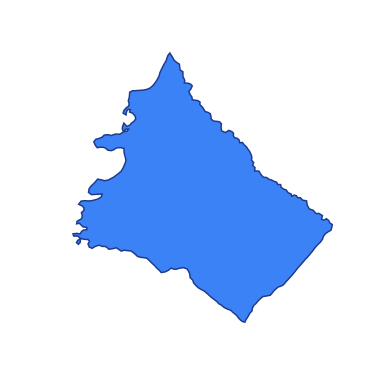 Lagoa dos Patos, Minas Gerais, Brazil (orthographic projection), rotated 74°
{"feature_id": "56859067B26771280465753", "entity_name": "Lagoa dos Patos", "entity_type": "district", "adm_level": 2, "iso_a3": "BRA", "parent_name": "Brazil", "parent_adm1": "Minas Gerais", "projection": "orthographic", "projection_center": [-44.664, -17.012], "detail": "fine", "context": "isolated", "style": "filled", "palette": "blue", "viewbox_px": 384, "rotation_deg": 74, "n_neighbors": 0, "source": "geoboundaries", "source_scale": "gbopen_adm2", "svg_char_len": 4080}
<svg xmlns="http://www.w3.org/2000/svg" viewBox="0 0 384 384"><g transform="rotate(74 192 192)"><path d="M78.9,224.4L81.7,225.4L83.9,226.3L86.8,228.1L90.1,228.1L92.1,229.5L92.9,232.0L94.8,234.9L97.2,236.5L99.7,234.2L96.6,232.7L95.0,230.9L95.8,228.5L97.9,230.0L100.0,227.2L103.3,225.8L106.2,225.9L108.0,228.2L109.1,231.2L110.6,233.4L111.0,236.5L107.0,238.5L109.9,240.7L112.1,241.6L115.3,241.3L116.6,245.4L115.2,249.7L115.5,253.9L113.7,257.0L113.1,260.7L114.6,263.5L114.9,266.8L114.8,269.9L116.7,272.6L120.5,272.0L123.3,270.9L123.7,267.5L124.5,265.2L125.8,263.2L128.7,261.3L130.0,258.1L129.8,255.6L128.8,252.4L129.6,248.5L131.4,245.4L133.6,246.0L136.3,246.5L139.6,246.5L143.5,246.8L145.8,248.3L147.9,250.0L150.1,251.8L152.5,254.4L154.2,258.1L155.3,261.1L156.4,264.1L156.8,266.6L157.4,269.1L157.0,273.0L155.1,276.2L153.6,279.1L155.3,281.7L157.1,284.7L158.5,287.4L160.5,290.0L163.8,291.6L166.8,289.4L167.5,286.4L168.2,282.9L169.2,278.9L171.8,280.7L172.8,284.4L172.8,288.8L172.6,291.7L171.9,294.5L170.7,297.7L170.2,301.2L172.6,304.4L175.2,301.3L177.4,300.3L179.9,300.9L181.3,304.0L184.7,304.0L187.2,305.5L187.9,308.3L188.5,310.6L190.8,311.7L191.0,308.9L193.2,307.7L195.6,306.3L196.9,303.0L199.2,303.5L198.7,306.7L199.4,308.9L201.4,311.1L200.0,314.2L199.4,317.9L201.7,317.9L202.9,314.0L206.1,312.0L207.9,308.2L209.1,304.9L211.2,304.1L213.3,306.3L216.7,305.9L218.6,303.5L217.8,300.8L217.5,298.3L217.6,295.7L219.6,293.4L220.1,291.1L221.6,289.2L224.1,287.7L224.7,283.6L224.7,280.2L227.0,278.2L229.3,276.3L229.3,273.0L230.8,269.7L231.9,266.8L235.4,264.2L238.9,262.1L240.7,259.3L242.0,256.0L243.4,253.5L246.9,251.5L250.4,249.5L252.6,248.1L255.1,247.0L258.8,244.7L260.9,243.8L261.4,239.8L260.7,236.0L259.3,233.1L260.9,231.2L261.9,228.8L261.8,225.0L262.4,220.9L264.6,218.0L267.4,217.1L270.2,216.8L273.9,217.4L276.8,215.6L279.9,215.5L282.5,214.2L285.7,212.4L288.1,210.2L289.8,208.2L292.2,206.4L294.6,204.9L297.9,202.9L300.4,201.1L302.4,199.6L304.6,198.0L306.8,197.1L308.3,195.4L311.9,192.9L314.2,190.4L316.4,187.3L318.6,186.1L320.7,184.6L322.9,183.1L326.0,182.0L328.6,180.6L330.4,179.2L331.7,177.0L329.9,175.6L328.4,173.9L326.5,171.8L324.2,169.5L323.0,167.2L320.1,165.8L317.9,163.7L316.9,161.4L315.2,158.9L313.4,155.7L312.0,152.5L312.5,149.2L312.8,145.2L311.2,142.7L309.4,140.3L308.2,137.8L307.1,135.4L307.0,132.9L306.7,130.5L305.5,128.2L304.0,126.1L302.7,123.9L300.8,120.8L299.1,118.1L297.5,115.8L295.4,112.9L293.5,110.2L291.7,107.2L289.4,103.7L287.9,101.7L286.6,99.1L284.4,95.9L282.4,92.9L280.3,90.2L278.8,88.1L277.3,85.7L275.5,82.3L273.4,79.6L271.1,78.1L269.0,75.5L267.8,72.2L267.0,68.9L264.5,67.4L261.9,66.1L259.8,68.0L257.0,68.5L254.7,70.2L255.5,72.8L253.9,75.0L250.6,73.1L247.6,75.9L246.8,78.8L243.0,80.5L240.6,83.9L238.1,84.6L235.3,84.8L232.1,84.3L230.4,87.8L227.3,89.5L226.6,92.1L224.4,92.6L223.1,94.6L223.5,97.4L221.1,97.3L219.3,99.8L216.1,100.8L214.4,103.2L212.1,105.0L209.3,104.8L208.3,107.6L205.9,107.9L204.0,110.6L202.2,112.4L201.1,114.5L198.7,116.2L197.4,119.4L194.4,120.8L190.3,122.0L189.0,126.0L186.0,124.7L183.1,126.3L180.6,124.6L177.8,126.0L175.5,125.0L172.6,124.8L169.1,125.4L166.3,126.4L163.7,127.2L160.9,128.9L158.3,129.8L157.9,132.5L154.8,132.4L152.7,133.8L151.6,136.2L149.2,136.7L146.9,135.9L144.9,137.1L142.9,139.6L144.1,143.4L141.3,146.8L137.5,146.1L134.5,144.9L132.1,146.2L131.0,148.6L129.7,151.8L127.3,153.4L124.7,153.0L121.8,152.8L119.9,154.7L118.2,157.2L113.7,158.4L110.0,160.4L107.9,159.5L105.9,161.0L104.5,164.0L103.4,166.3L100.6,165.9L98.0,166.9L94.6,167.3L92.5,164.5L90.0,162.5L87.9,163.6L86.3,165.8L85.2,169.3L83.2,168.3L81.0,168.4L78.7,168.9L76.4,168.3L73.9,167.6L71.4,169.8L68.0,169.3L65.6,168.9L63.2,171.0L60.6,172.8L56.8,173.7L52.3,175.0L54.0,177.4L56.5,179.3L58.9,180.9L61.1,183.3L63.4,185.5L66.2,188.0L68.4,189.9L71.1,191.5L73.3,193.4L75.3,195.5L77.2,197.8L78.9,200.3L80.4,203.4L80.9,206.6L80.7,210.3L80.0,213.6L79.5,216.0L79.0,218.6L78.3,221.3L78.9,224.4ZM115.3,241.3L113.3,238.3L114.1,235.7L115.7,237.8L115.3,241.3ZM206.1,312.0L207.1,315.3L208.8,317.0L211.0,315.6L209.7,313.4L206.1,312.0Z" fill="#3b82f6" stroke="#1e3a8a" stroke-width="1.5"/></g></svg>